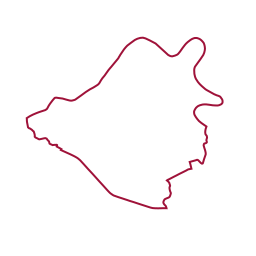 outline of Quan 9, Hồ Chí Minh city, Vietnam, rotated 259°
{"feature_id": "81297802B54605917200404", "entity_name": "Quan 9", "entity_type": "district", "adm_level": 2, "iso_a3": "VNM", "parent_name": "Vietnam", "parent_adm1": "Hồ Chí Minh city", "projection": "albers", "projection_center": [106.816, 10.829], "detail": "fine", "context": "isolated", "style": "outline", "palette": "rose", "viewbox_px": 256, "rotation_deg": 259, "n_neighbors": 0, "source": "geoboundaries", "source_scale": "gbopen_adm2", "svg_char_len": 3909}
<svg xmlns="http://www.w3.org/2000/svg" viewBox="0 0 256 256"><g transform="rotate(259 128 128)"><path d="M157.0,30.5L156.9,30.5L154.7,30.2L154.4,30.1L152.8,30.0L149.4,30.0L147.7,30.0L146.7,30.8L146.2,31.7L145.5,32.4L144.7,33.2L144.3,33.5L143.3,34.1L142.6,34.8L140.1,35.1L138.7,35.1L137.2,34.8L136.3,35.4L135.2,36.9L134.1,38.2L133.8,38.8L133.8,40.8L133.8,41.0L133.9,43.8L133.8,45.0L133.1,46.1L131.9,46.6L130.6,47.4L129.9,47.9L127.7,48.0L127.0,48.7L126.4,49.7L125.6,50.7L125.5,52.4L125.1,54.8L124.8,55.1L124.5,55.0L124.1,55.0L123.4,54.5L121.1,57.3L120.0,58.6L119.2,57.9L113.1,66.5L111.9,68.1L111.0,69.3L109.8,70.8L108.2,72.6L107.3,73.4L105.4,74.9L101.5,77.3L95.5,80.9L89.7,84.5L82.7,88.7L82.5,88.8L76.3,92.6L70.8,95.9L68.3,97.5L67.1,98.4L65.9,99.6L65.4,100.0L64.4,101.2L62.0,105.3L59.9,109.1L58.6,111.4L57.5,113.4L56.1,115.8L54.3,119.2L51.1,124.9L48.4,129.8L46.8,132.7L45.6,134.9L44.7,136.9L44.0,139.5L43.4,142.3L42.5,147.6L41.9,150.5L42.5,150.5L43.0,150.4L43.7,150.3L44.4,150.1L44.9,149.8L45.6,149.3L46.3,148.9L47.0,148.7L47.6,148.5L48.0,148.5L48.5,148.6L49.0,148.8L49.5,149.1L50.3,149.7L51.0,150.4L51.2,151.0L51.3,151.4L51.5,152.1L51.7,153.1L51.9,154.3L52.1,154.9L52.3,155.4L52.8,155.9L53.3,156.3L54.0,156.7L54.9,157.2L55.5,157.5L55.9,157.6L56.1,157.6L56.5,157.6L56.9,157.5L57.6,157.3L58.1,157.3L58.7,157.2L59.3,157.2L59.9,157.2L60.4,157.2L61.2,157.3L61.6,157.4L62.0,157.5L62.7,158.0L63.2,158.3L63.7,158.3L64.1,158.3L64.8,158.2L65.6,158.1L66.1,158.1L66.5,157.9L67.0,157.7L67.7,157.3L69.1,156.2L69.3,156.6L69.5,157.1L69.7,158.0L69.9,158.7L71.4,163.7L72.1,166.2L73.2,169.9L74.2,173.6L75.1,176.8L75.8,178.9L75.9,179.4L75.9,179.9L75.9,181.0L75.9,182.5L80.7,182.3L82.9,182.1L83.4,188.4L83.6,189.5L83.4,190.3L82.8,190.9L79.8,192.8L78.9,193.8L78.9,194.4L79.2,194.8L82.9,196.7L87.2,199.2L88.6,199.5L90.4,199.5L91.8,199.4L94.2,199.1L95.7,199.0L96.2,198.9L97.0,199.1L97.8,199.5L98.1,199.8L98.2,200.1L98.2,200.5L98.3,201.6L98.5,202.0L98.7,202.4L98.9,202.6L99.2,202.7L99.7,202.7L100.1,202.7L100.5,202.6L100.8,202.6L101.2,202.7L101.8,202.9L102.7,203.4L103.4,203.7L103.8,203.8L104.4,203.8L104.9,203.8L105.5,203.7L106.2,203.3L107.0,202.9L107.6,202.9L108.2,202.9L109.2,203.0L110.6,203.4L111.7,203.8L112.7,204.3L114.5,205.3L116.0,203.8L118.9,201.0L121.3,199.0L123.8,197.6L126.0,196.6L128.0,195.9L129.3,195.7L130.2,195.8L131.2,195.9L131.9,196.2L132.3,196.4L133.6,197.4L134.9,198.7L135.8,200.2L136.2,201.1L136.6,202.9L136.8,205.6L136.6,207.6L136.2,209.4L135.3,212.2L134.1,215.6L133.2,219.2L133.0,220.4L133.0,221.8L133.3,223.1L133.6,224.2L134.2,225.0L134.7,225.5L135.5,225.8L136.8,226.0L138.0,225.9L140.3,224.9L141.2,224.4L141.7,223.8L142.2,223.1L143.3,221.1L144.3,219.7L144.5,219.3L150.4,212.3L151.4,211.3L153.3,209.8L155.1,208.4L157.4,206.8L158.8,206.0L160.1,205.3L161.2,204.9L163.4,204.0L165.5,203.6L168.5,203.5L172.0,204.0L173.2,204.3L174.5,204.9L175.3,205.4L176.1,206.2L181.9,212.4L185.3,215.8L187.4,217.2L189.4,218.1L191.3,218.7L193.6,218.9L195.5,218.8L197.1,218.5L198.8,217.6L200.3,216.6L201.5,215.5L202.3,214.4L203.1,213.0L203.4,212.0L203.6,210.6L203.5,209.5L203.2,208.0L202.5,206.1L200.9,202.9L199.7,201.0L198.5,199.5L196.1,196.8L193.2,193.8L191.6,191.9L190.9,190.9L190.5,189.9L190.1,187.9L189.9,185.3L190.1,184.3L190.6,183.2L192.0,181.4L195.8,178.6L205.7,171.2L209.8,166.1L212.6,162.3L213.8,159.9L214.1,157.3L213.9,154.9L213.8,154.1L213.1,151.5L210.9,146.8L209.0,143.0L207.7,141.2L205.9,139.0L201.0,134.1L200.7,133.9L199.2,132.5L198.3,131.8L190.9,122.8L190.3,122.0L188.4,119.7L183.9,115.0L181.7,112.3L179.9,110.5L177.6,108.5L176.7,107.4L176.1,106.3L175.0,103.5L174.3,101.6L173.2,98.0L171.4,93.5L168.9,88.2L165.9,81.6L165.7,80.2L165.6,78.3L165.7,77.3L166.2,75.8L167.7,72.7L169.4,69.4L170.6,65.8L171.4,63.6L171.6,62.3L171.4,61.6L171.0,61.1L169.5,59.2L166.9,56.3L165.2,54.6L162.3,52.2L161.4,50.4L161.1,48.0L160.6,44.0L160.1,41.1L159.3,37.3L158.3,33.8L157.0,30.5Z" fill="none" stroke="#9f1239" stroke-width="2"/></g></svg>